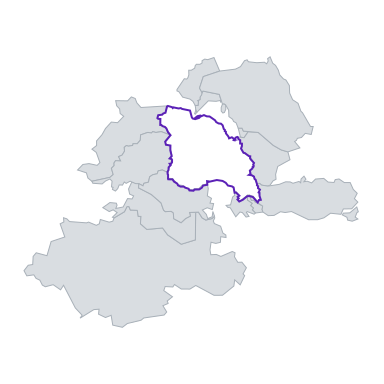 Iran highlighted, Mercator projection, rotated 181°
{"feature_id": "IRN", "entity_name": "Iran", "entity_type": "country or territory", "adm_level": 0, "iso_a3": "IRN", "parent_name": "Asia", "parent_adm1": "", "projection": "mercator", "projection_center": [53.162, 32.435], "detail": "medium", "context": "with_neighbors", "style": "outline", "palette": "violet", "viewbox_px": 384, "rotation_deg": 181, "n_neighbors": 14, "source": "natural_earth", "source_scale": "50m", "svg_char_len": 9688}
<svg xmlns="http://www.w3.org/2000/svg" viewBox="0 0 384 384"><g transform="rotate(181 192 192)"><path d="M358.6,110.4L354.5,115.9L350.0,116.7L349.7,124.8L346.7,128.5L335.9,125.8L332.0,140.0L318.4,144.8L323.3,157.9L319.6,159.8L320.0,164.0L316.7,163.0L313.9,160.3L296.9,159.3L294.9,160.1L287.1,157.0L284.1,158.6L283.2,162.9L274.3,160.4L270.7,161.4L269.5,164.7L259.2,171.1L256.8,176.2L254.8,176.3L253.3,172.9L246.4,172.7L245.3,166.7L242.6,166.7L243.0,159.3L236.5,153.8L220.8,155.5L215.6,148.7L201.8,139.6L187.8,144.2L188.0,171.6L185.2,172.0L181.4,166.3L177.7,164.2L171.5,165.8L169.1,168.2L168.8,166.4L170.2,163.4L169.1,160.8L162.8,158.3L160.4,151.5L157.4,149.6L157.2,147.1L162.5,147.8L162.7,142.2L167.3,141.0L172.1,142.1L173.0,134.5L172.1,129.6L166.6,130.0L162.0,128.1L150.7,133.2L147.9,132.0L148.4,127.9L145.0,122.5L140.9,122.7L136.3,117.2L139.5,111.0L137.9,109.3L142.2,100.0L147.8,104.9L148.5,98.7L159.7,89.3L168.2,89.1L186.6,98.6L192.4,94.9L201.0,94.8L207.9,99.2L209.5,96.7L217.2,97.0L218.5,92.9L209.7,86.9L214.9,82.6L213.9,80.2L219.1,77.8L215.2,71.6L217.7,68.5L238.0,65.2L240.7,62.9L254.3,59.4L259.2,55.5L268.9,57.5L270.7,67.3L276.3,65.0L283.3,68.2L282.9,73.2L288.1,72.7L301.7,63.9L299.7,66.9L306.6,74.0L318.8,96.5L321.7,91.9L329.2,96.9L337.0,94.7L340.0,96.3L342.6,101.2L346.4,102.9L348.7,106.4L355.7,105.3L358.6,110.4Z" fill="#d9dde1" stroke="#a8b0b8" stroke-width="1"/><path d="M188.0,171.6L187.8,144.2L201.8,139.6L215.6,148.7L220.8,155.5L236.5,153.8L243.0,159.3L242.6,166.7L245.3,166.7L246.4,172.7L253.3,172.9L254.8,176.3L256.8,176.2L259.2,171.1L269.5,164.7L271.1,165.4L266.5,170.1L270.5,172.8L274.4,171.0L280.9,174.8L273.9,180.0L267.5,179.5L266.7,177.5L267.9,174.2L260.6,175.8L256.3,184.3L251.8,184.0L250.3,187.1L254.3,188.8L255.5,193.9L252.4,200.9L245.3,199.4L245.5,195.2L232.6,188.8L222.8,180.6L220.1,173.3L218.3,171.9L212.4,172.3L210.3,170.8L209.8,165.0L202.4,161.1L197.9,165.4L193.2,167.9L194.1,171.5L188.0,171.6Z" fill="#d9dde1" stroke="#a8b0b8" stroke-width="1"/><path d="M164.1,282.7L165.1,282.4L165.3,284.0L169.5,283.1L177.3,283.4L188.5,271.8L189.6,273.9L190.3,278.6L187.5,278.7L187.1,282.6L188.0,283.4L185.6,284.6L185.6,287.0L182.8,293.1L166.4,290.1L164.1,282.7Z" fill="#d9dde1" stroke="#a8b0b8" stroke-width="1"/><path d="M159.9,279.7L159.6,275.3L161.0,272.1L162.5,271.5L164.2,273.4L164.3,276.9L163.1,280.4L161.6,280.8L159.9,279.7Z" fill="#d9dde1" stroke="#a8b0b8" stroke-width="1"/><path d="M144.5,247.7L146.9,256.6L143.1,256.7L141.7,253.8L136.9,253.2L140.9,247.2L144.5,247.7Z" fill="#d9dde1" stroke="#a8b0b8" stroke-width="1"/><path d="M96.8,233.8L94.6,226.0L106.7,219.1L108.7,211.1L108.2,206.2L111.2,204.5L114.0,200.3L116.3,199.2L122.6,200.1L124.5,201.8L127.1,200.7L130.6,208.8L134.2,210.8L134.6,214.7L131.9,217.0L130.6,222.1L134.4,228.3L141.0,231.8L143.8,236.7L143.0,241.3L144.7,241.3L144.7,244.7L147.8,248.0L140.9,247.2L136.9,253.2L126.8,252.7L111.5,240.0L103.4,235.6L96.8,233.8Z" fill="#d9dde1" stroke="#a8b0b8" stroke-width="1"/><path d="M183.8,291.8L184.0,289.4L185.6,287.0L185.6,284.6L188.0,283.4L187.1,282.6L187.5,278.7L190.3,278.6L192.7,282.7L195.8,284.9L203.0,286.7L206.9,292.1L208.8,292.8L208.8,294.2L201.7,305.1L199.2,304.8L198.1,306.2L197.2,309.1L197.4,313.7L194.9,313.7L191.5,315.8L190.9,318.6L189.7,319.8L186.3,319.8L184.2,321.2L184.2,323.5L181.6,325.1L178.6,324.6L172.4,326.8L166.4,313.4L182.7,307.6L186.3,296.0L183.8,291.8ZM189.6,273.9L188.5,271.8L190.1,269.8L190.8,270.3L189.6,273.9Z" fill="#d9dde1" stroke="#a8b0b8" stroke-width="1"/><path d="M306.8,212.0L301.6,217.6L295.5,218.6L287.3,217.0L284.6,219.8L288.4,229.9L292.8,233.1L288.2,236.8L288.3,241.4L283.0,247.7L279.6,254.0L273.9,260.5L267.6,260.0L261.6,266.5L265.2,269.2L265.8,273.8L268.8,276.9L269.9,282.0L258.0,282.0L254.3,286.0L250.4,284.5L248.7,280.2L244.5,275.6L218.0,277.7L220.1,270.7L227.9,267.6L227.5,264.8L224.9,263.8L224.7,258.4L219.5,255.7L214.6,248.6L223.8,251.8L229.2,250.9L232.4,251.7L233.5,250.3L237.3,250.8L244.4,248.2L244.6,242.9L247.6,239.3L251.7,239.3L252.2,237.5L256.4,236.7L258.4,237.3L260.5,235.5L260.2,231.6L262.5,227.7L266.0,226.1L263.9,221.8L269.0,222.0L270.5,219.6L270.3,217.1L273.0,214.3L271.1,208.1L274.3,205.2L292.3,201.0L296.3,204.1L297.9,209.3L306.8,212.0Z" fill="#d9dde1" stroke="#a8b0b8" stroke-width="1"/><path d="M245.3,199.4L248.4,199.4L254.1,201.7L258.0,199.5L259.9,200.8L261.6,197.7L264.9,197.8L266.3,194.1L268.6,191.6L271.6,193.2L271.0,195.3L272.6,195.7L272.1,201.4L274.3,203.6L278.6,201.5L282.0,198.5L291.3,199.0L292.3,201.0L274.3,205.2L271.1,208.1L273.0,214.3L270.3,217.1L270.5,219.6L269.0,222.0L263.9,221.8L266.0,226.1L262.5,227.7L260.2,231.6L260.5,235.5L258.4,237.3L256.4,236.7L252.2,237.5L251.7,239.3L247.6,239.3L244.6,242.9L244.4,248.2L237.3,250.8L233.5,250.3L232.4,251.7L229.2,250.9L223.8,251.8L214.6,248.6L219.6,242.9L219.1,238.8L215.0,237.7L212.8,228.5L215.1,225.0L212.8,224.0L216.5,211.0L222.0,213.5L226.1,212.6L227.2,209.6L231.5,208.6L234.6,206.5L235.7,201.1L240.3,199.8L241.1,197.3L245.3,199.4Z" fill="#d9dde1" stroke="#a8b0b8" stroke-width="1"/><path d="M169.1,168.2L171.5,165.8L177.7,164.2L181.4,166.3L185.2,172.0L194.1,171.5L193.2,167.9L197.9,165.4L202.4,161.1L209.8,165.0L210.3,170.8L212.4,172.3L218.3,171.9L220.1,173.3L222.8,180.6L232.6,188.8L245.5,195.2L245.3,199.4L241.1,197.3L240.3,199.8L235.7,201.1L234.6,206.5L231.5,208.6L227.2,209.6L226.1,212.6L222.0,213.5L216.5,211.0L216.0,205.3L211.9,205.1L205.7,199.0L201.4,198.3L195.4,194.8L191.5,194.2L189.1,195.5L185.5,195.3L181.6,199.2L176.9,200.5L175.8,195.7L176.6,188.4L172.4,186.0L173.8,181.2L170.2,180.8L171.4,174.8L176.5,176.5L181.3,174.2L177.3,169.9L175.8,165.7L171.4,167.6L170.8,172.9L169.1,168.2Z" fill="#d9dde1" stroke="#a8b0b8" stroke-width="1"/><path d="M136.5,189.7L134.6,189.9L132.4,184.7L130.0,184.8L128.4,182.9L121.1,179.2L121.6,175.7L120.7,173.2L128.2,172.1L131.4,175.2L130.3,177.0L133.2,179.5L131.7,181.7L136.4,184.8L136.5,189.7Z" fill="#d9dde1" stroke="#a8b0b8" stroke-width="1"/><path d="M127.1,200.7L124.5,201.8L122.6,200.1L116.3,199.2L104.8,201.2L98.6,203.8L94.1,203.8L91.2,202.5L85.2,204.4L83.5,203.1L83.2,206.9L80.3,209.8L78.3,206.8L80.3,204.2L77.0,204.8L72.5,203.2L68.7,207.1L60.5,207.9L56.1,204.3L50.2,204.0L49.0,206.9L45.2,207.6L39.9,204.1L34.0,204.2L30.8,197.4L26.8,193.6L29.5,188.2L26.0,184.8L32.0,178.0L40.4,177.7L42.7,172.3L53.1,173.2L59.6,168.5L65.9,166.5L74.9,166.3L92.2,174.2L98.5,173.1L103.2,173.8L109.6,170.0L115.4,169.7L120.7,173.2L121.6,175.7L121.1,179.2L127.2,183.0L123.5,185.1L125.2,193.1L124.2,195.2L127.1,200.7ZM25.7,167.9L31.3,165.6L35.9,166.6L36.6,169.4L41.3,171.7L40.3,173.5L33.9,173.9L27.0,179.9L25.4,175.1L26.7,174.3L28.4,169.8L25.7,167.9Z" fill="#d9dde1" stroke="#a8b0b8" stroke-width="1"/><path d="M134.6,168.6L137.5,167.9L141.3,172.3L143.7,172.8L147.8,168.0L153.5,176.9L156.0,177.3L157.7,179.2L153.2,179.8L151.3,187.7L149.3,189.4L149.5,192.8L148.1,193.1L144.7,189.5L146.6,186.0L145.0,184.0L143.0,184.5L136.5,189.7L136.4,184.8L131.7,181.7L133.2,179.5L130.3,177.0L131.4,175.2L128.2,172.1L129.5,170.9L136.5,173.4L137.3,172.6L134.6,168.6ZM134.6,189.9L130.8,188.9L128.1,185.7L127.2,183.0L128.4,182.9L130.0,184.8L132.4,184.7L134.6,189.9Z" fill="#d9dde1" stroke="#a8b0b8" stroke-width="1"/><path d="M73.8,251.6L79.8,252.6L83.5,248.4L87.6,247.5L88.5,245.4L90.3,244.3L84.9,238.0L96.8,233.8L103.4,235.6L111.5,240.0L126.8,252.7L141.7,253.8L143.1,256.7L146.9,256.6L149.1,261.9L151.7,263.3L152.7,265.4L156.4,268.0L156.8,274.5L159.9,279.7L161.6,280.8L163.1,280.4L166.4,290.1L182.8,293.1L183.8,291.8L186.3,296.0L182.7,307.6L166.4,313.4L150.7,315.6L145.7,318.2L141.8,324.2L139.2,325.1L137.9,323.2L129.5,322.4L121.8,323.0L119.6,321.5L118.1,324.3L118.7,326.7L116.3,328.5L113.5,322.1L110.7,320.1L107.8,315.3L106.3,310.6L102.5,306.6L100.1,305.7L96.5,300.1L96.1,292.6L93.0,286.0L87.5,282.5L84.5,274.6L82.9,273.2L74.7,259.6L72.0,259.6L73.8,251.6Z" fill="#d9dde1" stroke="#a8b0b8" stroke-width="1"/><path d="M176.8,199.5L181.1,198.6L182.2,196.5L184.8,194.7L189.6,194.5L190.5,193.3L194.6,193.5L195.5,195.2L198.9,196.2L200.4,197.3L203.5,197.2L206.1,198.4L206.9,200.1L210.2,202.1L211.7,204.3L216.0,204.3L216.2,204.8L216.2,208.8L216.7,209.5L216.8,211.9L215.9,213.5L215.8,216.3L213.8,218.5L214.7,219.8L213.4,219.9L212.5,221.3L212.5,223.8L213.0,224.6L214.9,225.1L212.9,227.5L214.4,233.3L214.4,238.1L218.9,238.8L219.7,241.8L214.5,248.4L217.1,251.5L218.7,255.1L220.2,256.6L222.7,257.4L223.8,258.5L224.9,258.5L224.9,264.5L227.1,264.6L227.9,265.3L227.1,268.2L223.1,268.8L222.1,270.0L219.9,270.8L218.5,277.0L217.6,277.6L213.5,276.5L212.7,275.6L212.1,276.3L206.9,275.3L204.7,275.7L203.4,274.9L195.4,273.4L193.5,266.7L192.6,265.5L190.1,264.9L186.2,266.2L185.0,267.5L181.4,269.1L178.6,267.9L175.7,267.8L170.2,264.1L169.0,262.3L166.6,261.0L164.2,260.8L162.5,259.2L161.3,255.5L160.2,254.6L160.3,253.4L159.2,252.9L159.1,251.2L156.5,248.0L155.9,246.3L153.1,247.4L150.1,245.2L151.1,245.2L151.3,244.6L150.1,244.4L149.4,247.1L147.6,247.8L147.0,247.3L146.5,245.7L144.7,244.6L144.7,241.3L142.9,241.2L142.9,238.7L143.7,236.2L141.2,232.1L139.9,231.9L135.8,228.9L134.4,228.7L134.6,226.9L133.9,225.7L130.5,222.1L131.3,220.5L130.7,219.2L131.1,218.1L131.8,218.1L132.0,216.6L134.5,214.4L133.8,211.2L135.3,210.1L132.6,209.8L130.3,208.5L129.7,206.2L128.6,205.4L127.1,200.9L127.2,199.9L126.0,198.9L126.1,197.0L124.1,195.6L125.4,192.7L124.5,192.3L124.4,189.2L123.1,185.4L125.0,185.1L126.1,182.7L131.0,188.0L134.7,189.0L136.8,188.7L141.1,185.1L144.6,183.3L146.4,185.3L145.2,186.4L146.3,187.9L144.6,189.1L147.9,192.2L149.4,192.0L150.5,197.3L152.1,198.3L156.2,199.1L158.4,201.8L161.6,203.6L167.4,204.4L176.0,202.3L176.8,202.3L175.5,202.9L177.1,203.1L176.8,199.5ZM189.7,266.4L187.9,267.9L185.0,268.6L184.3,268.3L186.9,267.2L186.8,266.4L189.7,266.4Z" fill="none" stroke="#5b21b6" stroke-width="2"/></g></svg>